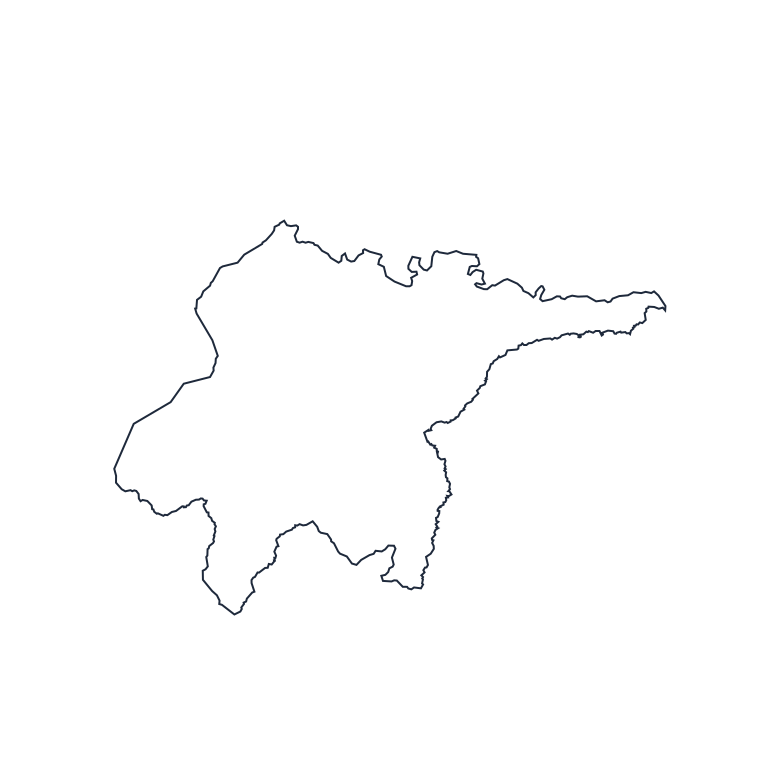 Kasama, Northern, Zambia, rotated 237°
{"feature_id": "96606910B49131847475849", "entity_name": "Kasama", "entity_type": "district", "adm_level": 2, "iso_a3": "ZMB", "parent_name": "Zambia", "parent_adm1": "Northern", "projection": "natural_earth1", "projection_center": [30.808, -10.551], "detail": "fine", "context": "isolated", "style": "outline", "palette": "slate", "viewbox_px": 768, "rotation_deg": 237, "n_neighbors": 0, "source": "geoboundaries", "source_scale": "gbopen_adm2", "svg_char_len": 6166}
<svg xmlns="http://www.w3.org/2000/svg" viewBox="0 0 768 768"><g transform="rotate(237 384 384)"><path d="M292.6,659.9L296.1,662.5L308.7,662.4L314.6,660.9L314.7,657.7L318.8,653.6L320.1,649.3L325.1,643.2L325.5,637.0L329.6,629.2L331.1,622.2L329.8,618.9L330.7,616.1L334.1,614.6L337.8,606.9L346.9,602.2L351.6,594.3L355.6,589.9L357.0,584.9L356.7,581.8L359.4,579.3L361.5,579.3L363.4,576.7L363.8,570.8L367.1,562.1L370.3,561.2L373.0,564.4L375.7,569.8L379.5,570.2L380.5,569.2L379.9,565.7L378.3,561.1L375.9,559.6L375.3,556.4L381.5,554.6L386.1,551.6L389.7,552.1L395.5,550.5L404.8,544.6L405.8,541.0L406.1,530.7L407.9,528.6L407.3,522.2L409.1,519.5L415.2,514.9L418.0,514.7L418.2,516.5L414.3,520.0L413.2,523.3L418.8,523.8L422.6,527.6L424.5,528.1L429.6,523.5L429.6,519.3L428.4,515.8L430.6,514.3L435.5,519.7L435.1,522.0L432.1,526.1L432.6,529.3L438.2,531.4L440.5,530.5L442.0,531.8L450.2,521.2L456.2,517.0L458.6,508.3L464.4,502.0L466.5,501.0L467.1,498.1L464.4,493.8L457.0,487.8L455.8,481.9L458.3,479.6L464.3,478.4L466.9,479.7L469.6,482.8L475.2,477.1L469.9,468.8L467.3,467.2L462.9,468.3L460.5,472.4L457.8,471.4L458.3,464.6L455.0,463.7L451.9,460.9L452.0,458.7L454.0,455.7L464.2,448.6L473.4,444.6L482.4,447.7L487.6,444.5L491.0,447.9L492.1,451.5L494.0,451.9L502.7,444.1L507.6,441.1L507.6,439.2L505.2,437.8L505.7,432.7L503.3,426.1L504.6,423.1L508.4,420.9L514.7,422.4L514.4,418.3L510.6,415.3L510.5,412.0L518.8,408.0L523.7,407.8L529.4,404.6L536.2,403.8L538.6,401.5L540.6,401.6L544.4,397.9L545.2,395.2L547.7,393.2L548.5,390.2L550.8,388.4L557.0,389.9L560.7,396.2L562.7,397.5L564.9,396.7L567.1,391.9L570.0,389.1L575.3,389.2L575.5,384.0L574.7,382.9L575.4,377.9L572.7,375.5L571.0,371.6L568.8,363.2L568.8,359.2L567.8,358.1L568.6,337.2L565.5,327.3L570.5,312.7L570.6,309.6L563.5,296.3L563.1,293.8L561.2,291.7L560.1,282.9L556.8,278.2L556.4,273.0L549.6,267.8L550.1,266.7L545.1,265.2L514.2,263.9L498.1,259.9L496.8,256.7L493.3,254.1L490.7,249.9L488.0,248.4L484.6,241.9L493.3,216.2L485.0,195.2L486.9,152.4L459.8,111.6L452.9,109.3L447.2,105.5L438.6,106.7L434.9,108.6L433.0,113.6L431.2,114.5L430.8,116.6L429.2,118.0L425.4,118.3L421.4,116.0L418.3,116.0L418.2,118.4L414.8,121.8L408.7,123.0L405.3,121.4L404.4,122.3L402.0,121.7L398.9,122.8L398.7,123.9L393.6,127.2L393.7,128.9L392.0,130.9L392.2,136.4L390.8,140.4L391.3,148.2L390.4,149.4L389.6,149.0L388.6,150.8L389.5,152.3L388.7,154.2L390.2,158.4L389.4,163.2L387.8,165.9L387.8,168.0L386.7,169.4L384.4,169.6L382.7,171.7L380.8,169.0L381.3,167.3L379.8,166.2L372.9,165.5L371.8,166.8L368.9,165.0L365.6,166.1L362.9,165.3L359.7,166.5L358.8,165.5L356.2,165.5L354.6,163.0L352.2,162.3L349.6,158.7L348.8,159.0L346.5,156.1L344.6,155.7L343.7,154.0L343.3,149.2L341.6,147.4L341.6,146.1L336.3,142.4L335.7,140.7L327.0,136.9L325.8,133.4L326.1,130.3L318.4,125.5L304.0,127.1L297.8,128.8L291.9,128.1L289.2,126.0L287.1,127.8L272.2,133.0L271.4,139.6L272.8,142.2L274.3,142.6L275.8,146.8L277.1,147.2L276.7,149.9L278.7,152.1L280.9,159.9L280.4,162.2L289.1,164.5L291.7,166.1L292.8,168.8L292.5,170.8L294.8,175.3L293.9,176.5L294.5,184.1L293.2,186.4L295.8,189.4L293.8,191.5L295.0,195.2L295.9,195.6L295.4,196.3L297.9,197.3L297.2,198.1L298.8,200.0L303.1,200.7L306.1,205.3L305.5,207.1L311.7,208.5L312.7,209.7L313.0,213.6L314.3,214.8L312.9,217.8L313.5,221.6L312.0,227.4L312.8,229.1L312.2,231.4L313.9,232.6L312.5,234.1L312.4,236.9L309.5,239.1L308.1,242.2L307.7,249.4L300.6,250.2L296.2,249.2L293.7,250.0L289.0,254.7L282.4,254.9L280.8,254.0L277.7,255.3L268.5,254.3L265.7,254.7L259.6,258.9L250.9,259.3L247.3,262.4L248.9,269.1L248.4,278.7L247.2,282.8L248.7,286.1L244.8,290.9L244.7,295.0L246.1,299.7L242.9,304.3L239.6,303.9L234.1,296.1L227.3,293.8L226.1,291.8L226.5,288.1L224.0,285.1L223.2,281.2L224.6,277.3L219.4,275.9L214.3,282.8L213.8,285.6L212.2,287.7L203.7,289.3L201.3,292.9L199.3,293.0L196.9,295.1L197.0,298.4L192.5,303.7L194.6,307.6L196.0,307.3L199.0,310.3L200.0,310.1L200.8,311.6L203.2,311.1L203.9,315.4L206.4,315.6L207.7,318.4L207.0,319.8L208.3,322.3L216.1,325.1L216.2,330.7L218.6,336.0L221.2,337.5L224.5,337.8L226.0,340.3L227.1,339.4L228.5,340.0L229.6,344.9L232.0,345.2L233.6,347.7L233.6,350.9L235.1,349.9L235.4,351.0L238.3,351.0L238.8,354.5L240.6,353.3L243.4,354.7L243.2,356.6L245.4,359.8L247.3,361.2L248.4,359.9L249.3,360.4L250.5,362.8L250.0,364.3L250.8,364.4L250.3,368.3L252.3,369.3L251.6,371.1L252.6,372.9L254.9,373.9L254.0,375.9L255.7,376.1L254.7,377.2L254.6,380.4L258.5,380.4L259.1,379.6L259.9,382.1L261.8,382.5L264.3,385.0L266.8,385.3L268.1,384.1L270.3,385.8L272.1,385.2L274.2,386.2L276.1,388.0L278.6,387.4L279.0,389.4L280.2,388.9L281.3,390.7L283.8,391.0L286.1,393.7L288.1,394.1L289.6,390.8L293.2,389.5L297.7,391.2L297.2,391.8L297.9,392.5L299.1,391.8L300.9,392.9L303.3,391.4L304.4,393.2L306.2,391.0L307.8,391.0L307.9,389.8L311.8,389.8L311.9,389.0L321.3,391.2L321.3,396.1L320.5,395.8L319.5,398.5L320.9,398.6L322.9,401.4L323.3,407.2L321.4,411.7L318.6,413.8L318.0,415.8L316.6,416.2L316.2,419.4L317.2,420.1L316.2,421.8L316.1,425.4L316.9,425.7L316.3,428.5L319.1,433.1L318.8,437.4L319.9,437.3L320.9,440.0L321.9,440.3L322.4,443.2L321.6,447.5L322.4,450.0L323.3,450.0L324.7,458.0L327.8,458.4L328.5,462.1L329.7,463.6L328.7,468.4L330.7,471.1L331.8,470.6L332.1,472.9L333.3,472.4L333.9,474.2L338.1,477.1L339.0,480.4L342.5,484.4L342.0,486.4L343.4,488.4L343.3,492.6L344.7,495.5L343.1,495.8L342.2,501.7L345.0,505.8L340.5,514.3L340.5,515.9L342.9,517.8L342.0,520.0L342.7,522.1L340.5,522.6L339.1,524.8L339.4,527.6L337.9,530.2L337.7,536.4L336.0,537.2L334.7,542.6L331.6,548.3L329.7,549.1L329.7,552.4L327.8,553.9L327.4,557.1L328.1,559.4L326.1,565.8L324.1,566.6L324.5,567.9L323.2,570.5L321.0,572.9L318.8,573.8L317.4,572.6L316.4,573.7L316.4,574.8L318.5,575.4L317.1,578.3L317.7,582.2L316.5,583.2L316.8,584.6L313.1,587.3L313.2,590.3L311.1,593.6L306.1,593.0L306.2,594.6L308.1,595.1L306.8,600.9L303.4,605.0L300.7,604.8L299.7,606.0L300.2,607.1L299.1,610.9L297.9,610.9L296.1,614.7L294.3,615.1L293.2,617.2L291.8,617.5L294.2,620.1L294.6,623.3L295.7,623.5L295.5,625.3L296.6,625.5L295.9,627.0L296.5,628.3L295.5,629.6L296.3,632.0L294.4,633.8L295.2,638.4L301.5,641.2L301.9,643.5L304.3,644.9L303.9,647.1L304.8,648.0L301.4,652.6L297.4,655.5L296.2,659.4L292.6,659.9Z" fill="none" stroke="#1e293b" stroke-width="2"/></g></svg>